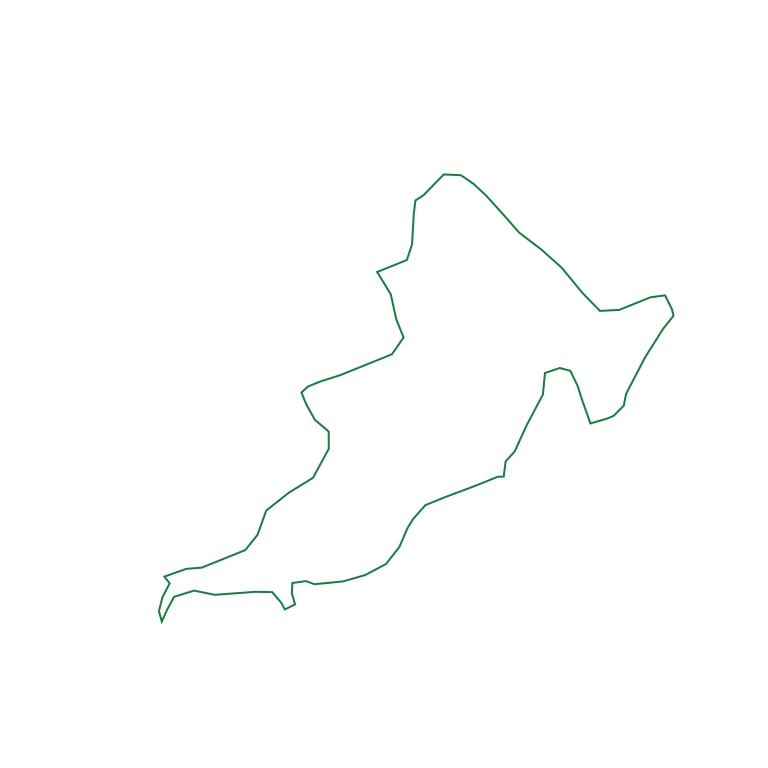 outline of Kruševo, rotated 68°
{"feature_id": "MKD-2942", "entity_name": "Kruševo", "entity_type": "Statistical Region", "adm_level": 1, "iso_a3": "MKD", "parent_name": "North Macedonia", "parent_adm1": "", "projection": "orthographic", "projection_center": [21.26, 41.341], "detail": "fine", "context": "isolated", "style": "outline", "palette": "green", "viewbox_px": 768, "rotation_deg": 68, "n_neighbors": 0, "source": "natural_earth", "source_scale": "10m", "svg_char_len": 1277}
<svg xmlns="http://www.w3.org/2000/svg" viewBox="0 0 768 768"><g transform="rotate(68 384 384)"><path d="M422.4,89.0L429.2,90.0L437.4,104.6L457.3,132.2L483.8,163.2L493.9,169.8L499.6,183.1L499.6,190.8L497.9,207.4L473.1,206.3L458.1,205.2L441.6,206.3L435.0,215.1L434.1,230.6L453.3,240.6L475.6,267.1L495.5,288.1L501.3,300.2L514.7,307.7L512.6,313.5L512.6,336.7L511.8,369.9L511.8,390.9L520.0,407.5L526.6,416.4L540.8,430.7L551.6,449.5L554.1,472.7L551.7,495.9L547.5,510.3L543.5,523.6L537.5,530.2L534.2,543.5L543.5,547.9L555.0,549.0L555.9,560.4L548.4,561.2L535.1,565.6L528.5,581.1L516.1,619.8L504.4,637.5L502.7,658.4L511.9,669.5L521.0,679.0L510.4,677.8L498.8,669.4L488.5,657.4L480.3,659.8L481.3,636.7L486.0,621.7L486.0,593.9L486.0,574.8L476.4,557.7L457.2,540.6L449.1,512.8L444.4,485.0L423.4,459.5L407.4,453.1L391.3,461.5L373.7,463.7L360.9,463.7L357.8,455.1L357.8,442.3L359.4,421.0L359.4,391.1L359.4,365.5L348.2,348.4L328.9,348.4L303.2,344.1L277.6,348.4L277.6,333.4L277.6,316.3L264.9,305.6L237.7,292.8L225.6,286.1L223.7,276.5L212.1,250.1L216.3,240.8L219.3,234.4L232.0,226.0L247.4,218.8L273.5,209.2L294.3,202.0L318.5,187.6L320.4,186.7L342.9,175.6L373.6,166.0L397.1,156.4L403.4,138.3L403.4,117.9L403.4,104.6L407.1,90.2L422.4,89.0Z" fill="none" stroke="#15803d" stroke-width="2"/></g></svg>